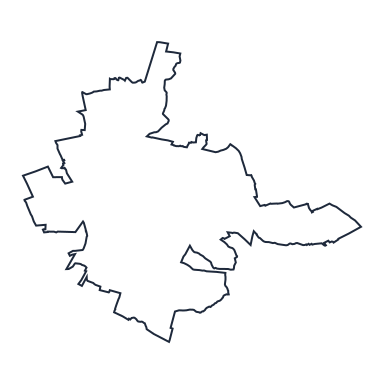 outline of Banca, Vaslui, Romania
{"feature_id": "2599482B8370151294512", "entity_name": "Banca", "entity_type": "district", "adm_level": 2, "iso_a3": "ROU", "parent_name": "Romania", "parent_adm1": "Vaslui", "projection": "robinson", "projection_center": [27.822, 46.347], "detail": "fine", "context": "isolated", "style": "outline", "palette": "slate", "viewbox_px": 384, "rotation_deg": 0, "n_neighbors": 0, "source": "geoboundaries", "source_scale": "gbopen_adm2", "svg_char_len": 5898}
<svg xmlns="http://www.w3.org/2000/svg" viewBox="0 0 384 384"><path d="M228.7,294.4L228.2,292.4L228.2,290.7L227.7,289.8L227.4,288.6L226.7,287.3L225.3,285.7L224.9,284.3L225.5,279.6L225.5,276.9L225.2,274.9L225.4,272.9L216.4,271.9L206.6,271.3L204.0,270.5L202.4,270.6L199.5,270.1L194.1,269.7L192.8,269.3L189.9,266.5L187.3,264.8L184.1,263.2L181.1,262.3L183.5,256.5L185.3,254.3L189.9,245.7L192.4,250.1L193.8,251.7L194.5,252.2L197.2,252.7L199.1,253.6L200.2,254.6L203.0,256.1L205.3,258.4L210.1,261.5L211.0,262.5L211.6,264.6L213.1,267.5L214.2,268.4L215.6,267.9L217.0,268.6L219.4,268.9L228.1,269.0L230.7,269.7L233.5,269.5L233.9,268.3L234.2,265.6L235.8,262.5L234.8,258.3L236.9,257.0L237.1,256.2L236.4,255.4L234.4,250.2L233.3,248.8L232.4,248.1L229.8,247.3L228.3,246.5L226.9,244.4L224.4,242.1L220.7,239.6L222.6,238.0L223.8,238.3L224.5,238.9L229.7,236.2L227.7,232.3L231.9,232.8L232.4,233.1L233.6,232.7L234.8,232.7L237.8,233.2L244.7,239.3L250.6,245.0L252.4,236.2L253.8,231.2L255.4,233.0L256.8,234.3L256.6,234.7L258.7,237.6L260.0,238.1L262.9,240.8L264.2,241.6L265.6,242.0L268.9,242.1L272.9,243.1L274.8,242.8L277.7,244.1L286.1,245.3L287.7,245.0L289.6,243.6L290.7,243.5L292.3,244.2L294.5,243.9L295.8,243.2L297.1,243.0L303.1,245.1L304.8,245.0L306.2,244.4L306.8,245.0L308.6,243.8L309.6,244.8L311.6,243.8L312.3,244.6L314.6,244.0L321.7,243.3L324.2,245.3L325.1,245.7L325.9,245.3L324.2,242.8L328.3,240.7L329.7,242.4L331.8,241.5L333.0,241.8L333.6,242.6L338.3,239.5L338.3,238.8L348.9,233.5L361.0,226.8L355.0,220.4L350.9,217.7L348.9,215.7L344.6,213.1L336.4,206.9L332.4,205.3L329.5,203.6L321.5,207.6L317.4,209.2L317.2,208.8L313.3,210.6L312.5,211.0L312.9,211.9L311.9,212.4L311.6,211.4L310.3,210.0L309.0,208.0L308.1,204.8L307.7,204.3L307.8,203.9L306.7,203.7L306.5,203.8L306.6,204.1L293.9,207.5L290.7,204.7L289.9,203.6L289.2,201.9L288.7,201.3L287.8,201.1L286.9,201.2L285.0,202.2L282.3,203.1L277.4,203.7L277.1,203.5L270.9,203.8L270.4,203.5L265.5,205.6L265.3,205.2L264.6,205.3L264.4,205.0L260.2,206.1L254.5,197.1L257.0,196.8L257.0,196.3L255.9,189.3L255.3,189.3L254.7,184.9L255.3,183.9L254.7,183.0L254.0,180.6L251.8,176.8L251.6,175.8L251.2,175.1L250.4,175.3L246.7,175.0L244.5,167.3L241.8,159.0L241.5,156.8L240.1,153.2L238.7,150.9L235.9,148.2L232.2,145.5L231.7,145.4L231.4,144.9L230.3,144.2L228.1,147.2L226.3,148.7L223.4,149.9L220.6,150.6L218.2,151.7L215.6,152.2L202.3,149.0L203.3,147.6L206.1,144.7L206.6,143.9L206.1,140.6L206.2,140.2L207.0,140.0L206.8,134.7L204.3,135.1L200.6,133.2L200.1,135.0L199.4,135.1L199.3,135.3L197.7,134.9L197.2,135.3L196.3,138.1L195.9,142.3L193.0,142.5L191.4,142.0L191.0,142.8L189.0,142.7L188.6,144.1L187.5,145.7L187.3,146.5L186.9,147.3L184.0,146.9L182.8,146.4L182.7,146.1L181.0,146.2L180.2,145.7L179.0,146.2L176.1,146.1L174.0,145.5L174.0,145.3L171.5,144.5L172.9,141.8L167.9,140.4L161.7,139.4L152.4,137.4L151.9,137.6L146.9,136.4L149.6,133.8L154.2,132.3L156.1,132.2L158.1,131.4L161.6,127.7L165.8,124.3L167.5,123.5L168.7,120.9L168.7,120.0L168.2,119.2L163.0,114.1L162.9,113.5L164.2,110.5L164.5,108.9L165.0,108.3L166.0,105.7L166.6,100.9L166.7,96.2L166.4,94.7L166.7,92.9L166.5,92.3L164.7,90.3L164.2,87.7L164.7,84.1L164.8,80.9L165.4,79.9L165.9,79.6L168.7,79.3L171.0,78.4L175.2,73.8L175.2,73.2L175.0,72.6L173.3,70.0L173.4,68.8L174.5,66.9L175.6,65.7L176.0,64.3L176.4,63.7L177.3,63.2L179.7,62.8L180.0,62.4L180.4,60.6L179.6,56.4L180.3,53.5L173.3,52.3L166.1,51.5L168.1,43.6L159.7,42.2L157.1,42.1L144.8,81.6L142.5,82.6L142.2,82.5L141.2,80.3L140.6,79.9L139.4,80.6L138.3,80.8L136.0,82.3L134.9,82.6L132.8,82.7L131.9,82.2L127.5,77.8L126.2,77.9L124.9,80.6L124.5,80.1L119.7,77.6L118.9,77.8L118.3,80.2L118.1,80.3L116.6,79.6L115.7,78.3L115.1,78.0L114.4,78.2L114.2,79.0L113.7,79.2L110.4,79.1L109.9,78.8L109.6,86.7L109.8,89.4L103.9,90.0L101.5,90.7L99.9,90.7L96.7,91.4L93.8,91.6L92.5,92.5L90.2,93.4L87.4,94.1L86.2,94.2L82.4,92.1L82.2,92.2L82.1,92.9L82.7,96.3L85.7,110.1L77.9,111.6L82.2,114.4L83.1,115.3L83.7,116.9L85.2,123.9L84.7,130.1L81.4,129.9L81.2,131.4L82.1,134.8L80.0,135.3L80.2,136.0L55.4,141.1L56.0,142.8L57.5,145.1L57.5,148.6L60.0,154.3L60.6,155.3L62.6,159.9L64.1,159.8L64.3,160.3L62.9,160.8L64.3,163.0L63.0,163.5L63.1,164.3L63.5,164.9L61.1,168.0L61.5,168.2L63.7,168.2L64.4,167.8L65.0,168.3L65.3,169.2L65.8,169.4L66.1,170.0L66.9,173.3L72.2,181.7L65.2,183.6L62.5,179.9L62.1,178.7L61.9,177.1L53.1,177.2L47.9,166.6L35.5,171.4L23.0,175.7L27.0,183.7L32.9,196.7L24.5,199.8L24.6,200.6L26.1,202.5L27.3,206.0L30.8,214.4L32.0,216.3L33.8,221.5L36.1,225.6L45.6,224.8L45.4,229.3L43.9,229.2L42.9,229.6L44.1,232.4L47.9,232.0L47.9,231.6L54.1,231.7L56.2,232.4L57.7,231.6L75.4,232.1L83.0,221.5L83.8,222.7L85.7,229.5L85.8,230.8L86.1,230.9L86.3,231.5L86.1,231.9L86.6,232.8L87.2,235.9L86.7,236.7L85.5,243.5L83.7,248.3L83.0,249.6L82.6,250.0L74.8,250.9L72.9,250.9L68.6,253.3L69.9,255.8L72.1,254.7L75.0,254.1L66.4,269.1L68.7,269.0L72.8,266.6L74.8,263.6L75.4,263.3L79.8,263.8L81.2,264.3L81.9,264.9L84.2,265.6L85.5,266.5L86.5,267.6L84.9,270.7L86.2,271.2L81.3,280.1L78.4,284.0L81.9,285.9L86.7,277.0L86.8,279.7L87.6,280.9L93.3,283.0L94.4,284.1L95.6,284.9L100.4,286.6L99.7,290.1L108.8,292.4L109.2,292.0L109.8,290.2L120.4,293.2L119.3,297.5L118.5,299.1L116.5,304.6L115.1,308.8L115.3,309.3L114.6,310.5L114.1,312.3L122.6,316.3L128.4,319.8L129.0,318.7L130.2,319.5L131.6,318.0L133.8,317.6L134.6,317.8L136.4,319.3L137.2,320.6L138.2,321.5L140.4,321.8L141.8,321.6L142.7,322.0L144.0,323.0L144.8,323.3L145.7,325.9L146.3,327.1L146.7,329.2L153.8,334.0L169.0,341.9L169.6,340.3L172.6,328.6L170.6,327.9L175.0,311.5L179.1,310.3L183.5,310.5L186.4,310.3L189.8,309.6L192.8,309.7L193.9,309.9L196.3,311.8L199.2,312.3L199.8,312.7L200.7,312.6L201.4,311.9L202.7,311.3L203.2,311.4L204.9,310.1L205.7,308.8L206.8,307.8L209.2,306.6L210.4,307.0L210.9,306.7L211.7,305.7L213.6,304.7L215.1,303.2L216.2,302.9L217.4,301.5L219.8,300.7L221.3,299.5L222.3,298.1L222.9,297.6L223.5,295.9L224.2,295.3L226.5,294.3L227.5,294.5L228.7,294.4Z" fill="none" stroke="#1e293b" stroke-width="2"/></svg>